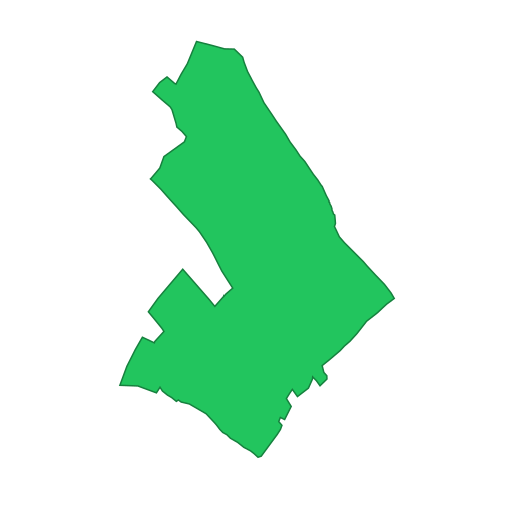 the district of Nukunuku, Tongatapu, Tonga, rotated 196°
{"feature_id": "48082658B69213589871259", "entity_name": "Nukunuku", "entity_type": "district", "adm_level": 2, "iso_a3": "TON", "parent_name": "Tonga", "parent_adm1": "Tongatapu", "projection": "equal_earth", "projection_center": [-175.292, -21.16], "detail": "fine", "context": "isolated", "style": "filled", "palette": "green", "viewbox_px": 512, "rotation_deg": 196, "n_neighbors": 0, "source": "geoboundaries", "source_scale": "gbopen_adm2", "svg_char_len": 2123}
<svg xmlns="http://www.w3.org/2000/svg" viewBox="0 0 512 512"><g transform="rotate(196 256 256)"><path d="M351.2,94.2L333.8,98.5L314.0,97.0L312.1,103.4L308.7,100.4L302.8,97.9L298.1,96.7L292.5,94.3L290.9,96.2L287.7,95.0L279.2,95.4L277.8,95.0L260.4,90.6L249.9,84.3L247.6,82.8L245.7,81.4L243.1,79.4L239.3,77.2L234.7,76.2L230.2,73.7L222.3,71.8L214.9,68.7L207.6,67.2L203.6,65.6L198.6,63.1L195.8,65.0L187.5,87.4L186.5,90.0L184.7,96.0L184.4,100.4L188.5,103.1L188.1,107.5L183.4,106.7L180.7,121.1L187.5,127.3L185.9,133.0L184.3,137.8L177.4,132.3L169.2,143.4L167.8,153.2L168.2,155.4L163.6,152.8L158.7,148.9L154.1,156.9L153.9,157.3L154.9,160.4L158.7,162.8L162.2,168.9L156.1,177.6L149.0,188.3L146.2,193.8L142.2,199.9L137.6,209.2L131.7,223.8L123.5,235.1L120.2,240.7L117.1,245.8L111.4,253.3L116.0,257.7L124.8,264.2L136.4,270.9L146.6,277.1L151.3,280.2L157.1,283.4L174.6,293.1L181.2,297.4L187.3,304.4L188.7,305.9L188.6,309.2L189.9,312.7L191.6,317.1L193.0,317.6L193.7,318.6L194.5,319.8L195.6,320.9L196.0,322.3L197.5,324.6L199.4,326.4L199.7,327.3L200.4,328.0L200.9,328.1L201.0,329.2L201.4,329.6L205.0,333.3L207.2,335.9L211.5,341.1L213.4,342.4L217.7,346.2L223.5,350.4L229.5,355.5L235.1,360.3L241.3,364.2L246.8,369.0L254.7,375.0L261.0,381.1L267.5,386.3L273.9,391.4L279.7,396.4L290.6,405.5L298.2,414.2L302.3,417.9L308.7,424.4L309.5,425.3L314.9,430.9L320.9,439.0L323.6,443.4L333.9,448.9L343.4,446.4L355.9,446.3L372.3,445.8L375.0,421.8L378.0,410.4L380.3,399.2L381.7,399.4L390.9,403.6L396.4,396.2L400.6,385.5L389.5,380.2L379.6,375.7L377.1,373.5L369.3,361.3L367.6,358.1L361.6,355.4L355.8,351.6L356.3,346.0L371.9,326.2L372.7,314.1L374.4,310.2L378.2,301.8L378.7,301.0L376.8,300.1L365.7,293.9L357.9,288.9L350.7,284.4L345.8,281.4L337.1,275.8L321.4,266.7L317.0,263.7L307.2,255.5L298.5,247.0L295.4,243.7L290.1,237.9L284.7,232.1L269.5,218.7L274.5,211.0L275.7,208.3L276.0,208.6L276.0,208.2L281.7,196.2L290.0,201.9L297.3,206.6L322.8,223.1L338.5,188.3L341.6,179.7L344.1,172.7L335.5,166.8L326.6,160.6L323.7,158.1L329.7,146.0L329.8,144.5L342.8,146.6L346.2,132.8L347.5,125.9L349.7,114.4L351.2,94.2Z" fill="#22c55e" stroke="#15803d" stroke-width="1.5"/></g></svg>